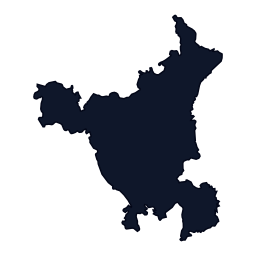 outline of Haryana
{"feature_id": "IND-2430", "entity_name": "Haryana", "entity_type": "State", "adm_level": 1, "iso_a3": "IND", "parent_name": "India", "parent_adm1": "", "projection": "mercator", "projection_center": [76.236, 29.302], "detail": "fine", "context": "isolated", "style": "filled", "palette": "ink", "viewbox_px": 256, "rotation_deg": 0, "n_neighbors": 0, "source": "natural_earth", "source_scale": "10m", "svg_char_len": 5818}
<svg xmlns="http://www.w3.org/2000/svg" viewBox="0 0 256 256"><path d="M175.3,15.4L175.9,15.7L176.5,16.9L177.5,17.9L181.1,17.8L182.8,19.8L184.1,23.3L186.4,24.6L186.8,26.4L192.0,29.1L194.3,31.0L195.7,33.2L195.8,34.3L195.5,39.1L194.6,41.0L194.8,42.0L195.6,43.1L198.9,45.7L199.3,47.4L201.3,46.5L205.0,48.5L208.4,49.3L209.7,50.7L210.6,50.6L214.0,48.9L214.1,49.3L212.9,51.3L214.5,51.5L217.6,51.0L219.2,52.5L222.0,53.9L222.1,54.8L222.0,58.0L221.1,61.2L211.7,70.0L211.2,70.7L211.0,72.7L209.0,73.9L207.2,75.7L206.2,76.1L205.9,77.8L203.9,77.9L203.4,79.4L200.6,82.2L199.4,85.5L197.6,94.2L196.5,96.5L195.2,96.6L194.8,96.9L194.7,97.5L195.3,99.1L195.0,99.8L193.2,101.2L193.6,102.6L192.0,104.3L192.4,105.5L191.9,106.7L192.8,109.1L192.4,109.6L190.6,110.4L190.3,111.4L191.1,113.3L190.7,115.0L191.4,115.8L193.1,115.6L194.0,116.4L191.1,119.4L190.7,120.4L194.6,120.3L195.7,121.1L195.8,121.9L194.8,124.1L194.8,126.1L195.8,128.1L194.6,130.4L195.3,140.8L194.8,141.7L194.9,142.3L195.7,142.9L196.9,147.2L198.5,149.9L197.4,151.1L197.3,152.3L199.4,154.2L200.0,156.2L198.8,158.2L196.1,159.2L190.8,157.8L188.9,159.8L187.0,159.7L184.0,161.0L182.9,162.5L182.8,164.0L182.9,168.6L183.6,170.6L182.1,172.3L181.7,174.3L179.1,175.3L176.7,178.6L176.8,179.2L178.8,181.4L179.1,182.7L181.2,182.1L185.4,181.7L185.9,181.5L186.2,180.1L187.0,180.0L191.0,182.1L192.8,185.7L195.9,187.8L198.4,188.7L200.3,188.3L201.2,187.6L201.1,186.9L200.2,185.6L201.3,184.2L203.0,183.3L206.5,182.7L207.4,184.2L209.4,185.1L209.5,187.1L211.3,186.2L211.8,186.5L212.5,188.8L214.8,188.6L214.9,191.1L215.4,191.5L216.7,191.4L215.2,195.0L214.8,196.7L216.1,197.8L216.3,200.2L218.6,200.9L219.2,201.6L218.5,202.0L218.1,203.4L216.7,204.0L216.9,204.8L218.6,205.0L219.2,205.9L217.3,206.6L216.5,207.9L217.1,211.9L215.0,210.5L215.4,213.3L214.9,215.0L217.1,216.8L218.4,220.0L218.6,221.4L217.3,222.1L215.0,225.8L214.4,226.0L212.3,225.7L210.2,227.7L208.0,228.2L205.6,229.4L203.6,231.2L202.0,230.9L200.8,232.3L200.2,232.1L199.1,230.6L198.7,230.7L198.1,231.9L197.4,231.9L196.7,230.6L196.3,230.7L194.8,232.2L193.8,232.3L190.7,231.1L189.2,231.3L188.7,233.1L189.0,233.6L190.9,234.5L191.4,235.5L191.1,235.8L188.0,236.2L187.1,236.6L185.1,240.0L183.2,240.0L181.4,240.6L180.5,240.1L180.1,239.3L180.6,238.7L181.9,238.1L180.8,236.3L180.8,235.6L181.7,230.8L183.2,228.3L183.4,227.4L183.3,223.4L182.8,221.0L183.0,219.5L182.2,217.1L182.0,214.7L183.2,209.0L182.8,207.5L182.3,206.9L179.9,205.0L178.1,202.6L177.3,202.2L175.0,203.3L172.2,207.3L165.5,212.4L165.2,213.6L166.2,217.1L162.1,218.1L160.2,220.2L159.9,220.2L159.0,219.2L158.0,215.6L155.9,215.2L153.4,213.8L153.8,213.1L155.3,212.4L153.4,211.1L153.1,209.9L155.6,210.2L153.9,207.1L152.6,206.7L148.7,207.5L147.8,206.9L147.0,205.3L144.8,204.6L144.5,205.1L144.6,206.2L147.1,208.7L146.7,209.4L144.9,210.2L145.4,211.2L147.3,212.4L147.2,213.9L146.6,214.7L144.9,214.9L142.6,212.9L141.8,212.7L140.1,213.5L137.1,213.2L136.6,213.8L136.2,215.2L136.1,216.9L137.4,221.1L137.4,224.4L138.7,226.0L139.5,229.0L139.2,230.0L137.4,231.3L133.8,228.3L132.1,228.1L126.6,228.9L125.8,228.6L125.4,228.0L125.0,225.8L124.4,225.0L122.5,223.8L122.1,222.5L122.7,221.2L124.7,221.3L125.7,220.2L125.5,219.0L124.5,218.1L125.5,216.8L126.1,214.8L128.2,212.6L128.4,211.2L127.9,210.8L127.1,210.8L125.3,212.4L123.5,211.2L123.1,210.2L123.7,209.1L126.6,207.7L128.5,205.4L131.0,207.4L131.4,207.1L131.5,206.3L128.2,200.3L124.0,194.8L119.8,190.6L116.6,189.6L115.6,188.8L113.4,189.0L112.9,188.7L112.7,187.8L112.9,186.1L108.4,182.6L102.1,174.3L98.3,164.0L98.0,161.1L96.9,159.3L95.6,154.8L95.8,153.9L97.5,152.7L97.7,152.0L97.6,150.5L97.1,149.7L93.6,148.1L90.0,142.4L90.1,140.3L89.0,138.0L89.3,137.3L90.8,136.8L91.1,135.9L89.8,132.0L88.3,132.4L86.7,133.6L86.2,133.2L85.8,132.2L86.3,129.8L86.2,129.3L85.3,129.1L83.1,130.3L82.5,131.5L81.4,132.1L79.3,132.3L77.3,130.9L75.4,132.3L72.8,133.3L71.2,133.5L70.3,132.7L68.9,130.0L67.5,129.7L66.0,130.5L64.6,130.1L63.8,129.1L61.9,124.5L60.2,123.4L56.2,121.9L54.9,122.3L53.0,124.1L51.9,124.6L48.9,124.2L45.7,124.5L45.0,125.0L44.5,126.7L43.1,126.8L38.5,119.3L38.9,118.0L39.3,117.6L42.0,117.5L42.5,117.3L42.9,116.1L43.0,113.1L41.4,111.0L40.8,109.0L41.3,103.2L42.5,99.6L42.6,97.6L42.2,96.9L41.4,96.5L40.2,97.5L38.8,97.6L37.2,98.7L36.2,98.9L34.4,98.3L33.9,97.0L34.3,94.5L35.2,92.8L37.8,91.6L39.1,90.3L39.0,88.4L37.2,86.5L37.3,84.3L45.4,86.6L46.7,84.5L49.0,82.8L55.3,81.5L56.9,83.0L61.5,84.2L62.3,85.0L62.9,86.9L66.1,89.4L70.5,88.3L71.0,87.8L71.6,85.8L72.1,85.6L72.5,85.9L72.8,88.0L72.0,89.7L72.5,90.6L72.4,92.6L74.1,93.7L75.1,94.9L75.5,94.7L76.0,92.8L77.2,92.2L78.0,92.2L78.7,94.5L80.7,98.0L78.9,98.2L78.9,100.9L76.8,102.4L78.0,103.9L77.8,105.3L79.5,107.3L80.5,111.0L81.4,111.1L84.6,109.7L84.7,109.1L83.8,107.5L84.3,106.0L85.7,104.0L87.0,104.0L87.2,102.3L89.1,100.5L91.0,97.1L93.6,93.8L97.2,95.3L98.9,95.3L101.0,96.6L102.8,96.9L106.3,96.2L108.4,96.6L109.6,96.0L109.6,94.9L110.2,93.8L112.1,92.8L114.4,92.4L116.3,93.0L117.7,94.1L118.9,97.0L119.8,98.0L124.0,98.7L126.8,97.5L129.2,97.4L131.7,94.3L135.4,92.9L140.1,89.7L140.2,89.0L139.8,88.5L138.2,87.5L137.2,84.4L138.8,79.1L139.9,77.4L139.6,75.4L141.8,74.4L139.0,72.7L138.7,71.9L139.4,71.0L140.3,70.9L142.6,72.7L145.1,73.2L146.2,72.8L146.3,70.9L147.0,70.8L148.5,72.4L149.1,72.5L150.3,70.2L149.9,68.1L151.2,67.7L151.8,68.3L152.4,70.8L153.9,73.5L156.5,74.7L158.6,74.8L164.2,70.7L165.2,66.8L164.7,66.1L163.0,65.2L162.1,63.4L161.6,63.4L160.3,65.0L159.4,65.4L158.8,64.9L158.7,64.3L159.0,63.5L160.6,62.4L163.0,61.5L165.7,59.9L170.5,56.3L171.0,55.1L169.8,54.6L169.7,54.0L170.4,51.3L171.9,50.6L173.9,51.1L176.5,50.8L177.4,51.5L178.9,55.4L180.2,55.4L180.8,54.7L181.2,53.0L180.6,49.8L180.5,46.7L181.4,44.8L180.3,42.7L180.8,38.9L179.9,36.4L178.4,35.6L177.8,33.1L176.4,33.1L175.9,31.6L176.3,28.8L175.4,26.3L176.5,24.2L176.8,22.3L176.4,21.5L174.8,20.8L172.8,17.2L174.5,15.6L175.3,15.4Z" fill="#0f172a" stroke="#020617" stroke-width="1.5"/></svg>